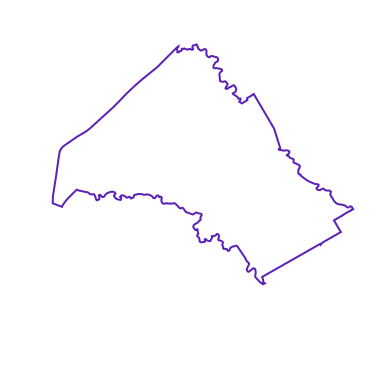 the district of Moreland, Victoria, Australia, rotated 322°
{"feature_id": "25037944B23324068897437", "entity_name": "Moreland", "entity_type": "district", "adm_level": 2, "iso_a3": "AUS", "parent_name": "Australia", "parent_adm1": "Victoria", "projection": "robinson", "projection_center": [144.955, -37.736], "detail": "fine", "context": "isolated", "style": "outline", "palette": "violet", "viewbox_px": 384, "rotation_deg": 322, "n_neighbors": 0, "source": "geoboundaries", "source_scale": "gbopen_adm2", "svg_char_len": 6065}
<svg xmlns="http://www.w3.org/2000/svg" viewBox="0 0 384 384"><g transform="rotate(322 192 192)"><path d="M80.4,123.6L82.5,122.6L87.1,121.3L90.4,120.6L102.6,119.2L103.9,121.4L105.6,123.3L107.4,125.6L109.4,127.8L109.9,128.6L110.2,130.3L110.6,131.2L111.2,131.9L113.2,133.2L113.5,133.6L113.4,134.5L111.8,139.2L112.0,139.9L112.6,140.3L114.4,140.6L114.6,140.5L115.0,140.2L115.6,139.3L116.5,137.4L116.8,137.3L117.2,137.3L117.6,137.4L117.8,137.6L118.1,140.4L118.6,141.0L119.5,141.4L120.4,141.4L122.1,140.8L123.0,140.6L124.6,140.7L126.1,141.3L127.4,141.5L128.0,141.8L129.9,143.2L130.3,143.7L130.9,145.1L130.8,146.0L130.5,146.4L129.0,146.5L127.9,147.4L127.9,147.8L128.0,149.7L128.4,151.4L130.2,153.6L130.8,154.3L131.1,154.3L132.1,153.7L132.8,152.8L132.8,152.5L132.3,151.8L132.3,151.6L133.5,151.3L135.1,151.6L136.1,153.0L136.6,154.2L136.8,155.4L137.0,156.1L137.4,156.5L139.0,156.9L139.7,157.3L139.9,157.5L139.9,159.1L139.9,159.5L140.8,159.7L142.3,160.2L143.1,160.1L143.6,159.4L144.2,159.0L145.3,159.1L148.2,160.4L151.4,163.0L152.1,164.4L152.8,165.0L155.1,166.1L155.6,166.6L157.2,168.9L157.9,170.8L158.0,171.9L157.8,172.9L158.1,173.4L158.5,173.7L159.0,173.9L159.6,173.9L161.2,173.3L162.3,173.3L163.1,173.8L163.4,174.4L163.0,175.4L163.0,175.7L163.2,176.0L163.6,176.3L164.2,176.4L164.7,176.8L164.7,177.4L164.6,177.9L164.4,178.3L163.9,178.7L163.3,179.0L162.6,179.7L161.9,181.8L161.9,182.5L162.1,183.2L162.7,184.1L165.3,185.3L166.0,186.4L166.5,186.7L168.5,188.4L171.1,189.9L171.8,191.2L172.4,197.4L172.6,197.7L174.6,198.4L175.0,199.2L174.9,203.7L175.0,204.2L175.3,204.7L178.8,210.2L179.5,210.5L182.0,210.5L182.7,210.7L183.0,211.0L184.0,212.8L185.8,215.0L185.6,215.9L185.3,216.3L184.1,216.6L183.8,216.9L182.5,217.6L182.0,218.9L181.5,219.3L179.6,219.1L178.6,219.5L176.8,219.5L173.7,219.0L172.3,219.6L171.8,220.0L171.4,220.5L171.3,221.0L171.2,223.7L171.3,224.1L171.7,224.3L173.1,224.5L173.2,225.2L172.3,226.2L171.8,227.7L171.1,228.9L169.9,229.0L169.1,229.8L168.9,230.5L169.3,231.4L169.3,232.6L168.4,234.4L167.8,235.3L167.6,235.9L168.0,236.9L168.5,237.5L171.5,239.1L172.1,238.7L172.8,237.2L173.2,237.1L173.6,237.2L174.1,239.2L174.4,240.0L175.5,241.5L176.3,241.9L177.8,241.1L179.4,240.6L179.9,240.0L180.1,239.3L180.6,239.0L180.9,239.2L181.5,239.8L182.8,240.5L183.9,240.7L185.6,240.4L186.2,240.8L186.6,241.4L186.4,242.8L186.2,243.4L185.3,244.3L183.5,245.4L183.3,246.0L183.4,246.6L184.5,247.8L185.0,248.7L185.5,250.0L185.4,250.6L185.2,250.9L183.2,252.5L183.0,253.0L182.8,254.4L181.9,255.6L181.9,256.3L184.3,258.2L184.3,258.9L184.0,259.5L184.0,260.2L184.4,260.8L184.7,261.0L185.4,261.1L187.7,259.8L189.7,259.8L193.7,261.5L194.2,262.0L194.3,262.7L193.3,276.8L193.2,277.4L192.7,278.4L192.6,280.4L193.0,282.9L193.0,283.2L192.5,284.0L187.9,286.3L187.2,287.2L187.0,288.8L187.2,289.4L187.8,289.9L192.6,289.8L193.2,289.9L193.9,290.4L194.3,291.4L194.1,292.2L192.7,294.6L190.2,297.0L189.7,297.7L189.5,298.4L190.0,303.9L190.6,306.7L191.2,308.5L193.2,308.8L192.5,306.9L193.6,305.7L194.0,304.7L194.4,304.0L194.7,302.6L195.0,302.1L261.0,311.8L260.8,312.8L263.9,312.2L284.7,315.2L285.0,312.1L286.4,301.7L293.1,302.7L296.0,303.1L296.0,302.9L305.6,304.2L305.5,304.4L308.4,304.7L308.3,303.8L308.7,302.8L308.7,301.8L308.5,301.3L307.7,300.7L306.2,300.6L305.8,300.5L305.1,299.9L304.6,299.1L304.6,297.7L304.1,296.6L303.0,295.1L300.4,292.3L299.1,290.5L298.7,289.1L298.4,286.5L298.9,282.9L299.2,279.7L299.3,279.3L299.8,278.7L300.7,278.3L301.7,277.2L301.6,276.6L301.5,276.1L300.9,275.3L298.9,273.6L298.5,273.1L298.0,272.3L297.7,270.4L297.3,270.0L296.0,269.5L294.1,269.4L292.8,268.3L292.3,267.3L292.1,266.7L292.1,266.0L292.6,265.6L293.2,265.4L294.6,265.4L295.5,265.1L296.1,264.5L296.2,263.8L293.7,261.2L290.9,256.1L289.6,253.1L289.5,252.3L288.5,249.1L288.1,246.7L287.7,245.7L288.2,244.8L287.4,243.9L287.2,243.5L287.3,242.9L287.7,242.2L288.9,240.6L289.2,240.2L290.0,240.0L290.7,239.3L291.6,239.2L292.5,238.4L293.1,237.6L293.0,236.7L292.0,234.7L291.9,234.1L291.1,233.1L290.3,231.5L290.3,231.2L290.5,230.8L292.1,229.0L292.1,228.5L290.2,225.3L290.2,223.0L289.8,222.4L289.5,222.2L289.3,221.6L289.7,221.2L291.5,221.4L292.6,221.1L293.3,220.5L293.6,220.1L293.6,219.5L293.3,218.6L292.5,217.6L289.7,215.8L289.0,215.1L288.0,213.8L286.8,212.7L286.6,211.8L286.7,211.6L288.5,211.8L295.7,192.6L301.0,152.8L299.3,152.5L299.1,152.8L293.1,151.9L292.2,153.7L285.8,152.9L284.8,150.0L286.7,149.4L287.7,148.2L286.0,146.9L286.3,146.5L286.3,145.1L285.4,142.1L285.0,141.5L284.7,139.9L284.8,139.5L285.4,139.4L288.1,139.8L289.4,138.7L290.0,138.4L290.6,137.2L290.9,134.1L290.5,133.5L290.2,133.4L288.3,133.0L287.1,133.0L285.5,132.4L284.6,132.5L283.3,132.4L282.7,132.0L282.2,131.5L282.2,131.1L282.3,130.8L282.8,130.5L285.7,129.4L286.5,128.8L286.7,128.3L286.4,125.5L286.2,125.1L284.4,124.4L282.6,122.4L282.4,122.0L283.0,120.8L284.8,118.3L285.4,117.0L286.2,115.9L287.4,115.1L290.3,115.0L290.7,114.5L290.9,114.1L290.8,113.7L290.6,113.0L290.1,112.4L287.7,109.6L286.4,108.8L285.9,108.3L285.6,107.8L285.5,107.3L285.7,106.8L286.1,106.3L287.2,105.5L289.6,104.5L290.0,104.4L292.4,104.7L293.2,104.6L293.7,104.2L294.5,103.1L294.7,102.7L294.7,101.9L294.3,100.7L293.7,100.4L292.3,98.1L291.9,97.9L291.4,97.0L290.7,96.6L288.6,96.6L288.3,96.2L288.0,95.6L287.7,94.6L287.7,93.4L288.8,91.3L289.6,90.7L290.1,90.0L290.5,89.2L290.5,88.6L290.4,87.7L290.1,87.1L288.3,86.7L287.5,86.7L285.9,85.8L285.6,84.8L285.6,84.0L285.1,83.2L285.8,81.7L285.8,80.5L286.4,79.6L286.5,78.8L286.1,78.2L284.1,77.8L283.1,77.2L282.6,77.3L281.8,77.8L281.4,78.3L281.2,79.0L281.2,79.6L281.0,79.9L280.7,80.2L280.0,80.1L279.3,79.7L279.0,78.9L278.2,77.7L276.3,77.1L275.8,76.8L275.5,76.4L275.3,75.7L275.0,75.4L274.4,74.3L273.6,74.1L272.8,73.2L272.1,72.9L271.7,73.2L271.5,73.8L270.8,74.0L270.0,74.0L269.3,73.6L267.5,73.7L267.1,73.3L267.3,73.3L267.0,72.7L267.0,72.3L267.8,70.9L268.7,69.7L269.4,69.2L270.4,69.3L270.9,68.9L269.3,68.8L241.5,72.2L223.0,72.5L213.4,73.0L200.4,74.2L188.8,75.9L181.1,76.8L150.0,79.1L145.2,79.0L135.9,77.7L119.9,76.8L117.9,76.8L115.4,77.4L113.6,78.1L112.2,79.1L109.7,81.3L95.2,95.3L79.5,110.0L75.3,115.2L80.4,123.6Z" fill="none" stroke="#5b21b6" stroke-width="2"/></g></svg>